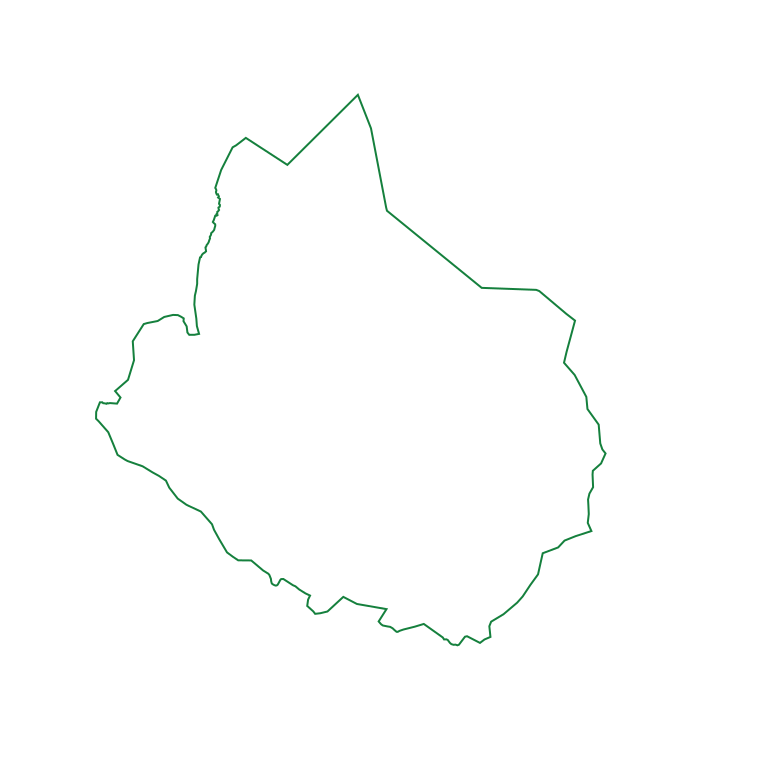 Batsari, Katsina, Nigeria, rotated 122°
{"feature_id": "59680162B85415328791745", "entity_name": "Batsari", "entity_type": "district", "adm_level": 2, "iso_a3": "NGA", "parent_name": "Nigeria", "parent_adm1": "Katsina", "projection": "natural_earth1", "projection_center": [7.287, 12.843], "detail": "fine", "context": "isolated", "style": "outline", "palette": "green", "viewbox_px": 768, "rotation_deg": 122, "n_neighbors": 0, "source": "geoboundaries", "source_scale": "gbopen_adm2", "svg_char_len": 2878}
<svg xmlns="http://www.w3.org/2000/svg" viewBox="0 0 768 768"><g transform="rotate(122 384 384)"><path d="M152.6,559.4L249.4,582.1L248.5,631.6L260.0,635.9L263.5,637.8L288.8,635.5L307.1,631.0L308.0,629.4L308.9,628.6L310.2,628.3L311.0,627.5L311.9,626.2L311.1,625.4L311.7,624.6L312.3,623.5L313.8,623.5L313.8,622.6L314.0,621.2L315.7,620.5L317.9,619.7L318.6,619.4L319.1,618.0L320.6,617.3L322.1,617.9L323.2,617.0L323.8,616.1L325.2,616.2L326.4,616.6L327.4,615.9L328.4,616.1L329.2,616.0L329.1,614.8L330.0,615.1L330.8,616.3L332.7,615.8L335.2,615.2L337.3,615.0L337.7,613.7L338.0,611.8L339.3,610.9L341.2,610.4L343.3,609.7L345.5,609.9L347.7,610.5L349.0,609.8L350.1,609.7L351.6,609.7L352.7,608.7L354.5,608.4L356.9,607.8L358.5,607.8L360.3,608.0L361.7,607.6L362.7,607.8L363.6,607.1L364.8,606.0L365.8,605.2L366.7,605.5L367.6,605.7L368.8,606.4L370.4,606.8L371.9,606.8L373.3,606.4L374.1,607.1L381.0,604.6L394.1,598.0L398.1,595.5L404.9,592.7L409.3,591.2L417.2,586.9L428.0,577.8L434.0,573.4L439.5,567.4L442.7,570.8L445.5,575.2L444.5,578.0L439.7,581.9L437.0,587.3L434.5,588.6L434.5,591.9L434.8,595.3L437.2,599.5L443.6,605.9L450.5,609.3L457.7,617.0L460.5,619.5L480.9,619.7L496.3,608.6L516.1,603.3L532.5,608.3L535.1,600.3L542.1,600.0L545.4,606.3L546.7,607.7L546.9,608.6L547.8,608.8L548.4,610.6L549.1,612.0L548.8,613.2L550.1,615.2L560.2,613.3L566.0,609.8L566.8,606.3L571.0,592.3L578.3,582.0L585.3,572.4L585.4,563.8L585.2,560.6L581.7,545.1L581.6,533.4L581.2,526.2L581.5,517.7L585.7,511.2L590.5,498.2L591.1,487.6L590.8,484.6L589.2,471.7L594.1,455.5L597.7,450.9L603.0,441.4L610.0,427.9L610.6,420.5L610.8,414.2L604.0,403.1L606.2,387.7L606.2,381.5L606.7,380.0L609.2,376.6L611.0,375.2L612.5,373.6L612.8,372.6L612.7,370.4L612.3,368.9L611.6,368.2L610.5,367.8L608.4,367.9L606.8,368.0L604.9,368.1L603.9,367.8L602.7,366.0L602.9,354.6L602.5,351.9L603.2,347.0L603.2,339.7L602.6,334.6L607.1,334.1L612.9,331.5L614.3,323.5L615.4,320.6L612.2,316.6L606.9,311.4L586.1,305.7L584.9,290.4L573.6,262.6L588.2,262.7L589.3,259.1L589.4,257.0L587.8,252.7L586.7,250.1L586.6,247.2L587.1,244.8L587.5,242.1L586.9,241.0L585.1,240.0L581.9,237.4L573.6,229.4L566.4,223.1L567.8,199.8L568.8,197.7L567.5,195.8L567.3,194.3L567.8,193.0L568.6,190.9L568.9,189.0L568.3,186.8L567.1,185.2L566.7,183.3L565.4,182.3L555.4,181.4L553.9,179.9L552.7,165.4L547.4,163.4L542.1,159.7L533.6,166.3L528.8,167.2L515.8,160.6L498.9,155.2L490.7,153.8L476.8,153.4L463.8,152.5L451.1,157.0L443.4,159.7L430.3,149.7L421.1,147.9L411.4,140.8L398.8,130.2L393.8,137.6L385.8,141.4L378.4,146.5L375.0,148.9L373.9,149.7L368.1,151.7L360.7,152.0L350.2,159.2L346.9,160.9L336.3,157.8L335.1,158.0L325.5,159.3L323.8,164.1L319.8,169.1L304.7,180.4L297.4,198.2L287.7,205.6L275.3,227.1L270.6,242.6L260.0,246.2L245.1,250.7L229.0,255.6L227.9,266.6L222.9,301.6L223.5,304.8L250.7,352.1L235.5,473.3L233.2,475.7L174.1,530.5L152.6,559.4Z" fill="none" stroke="#15803d" stroke-width="2"/></g></svg>